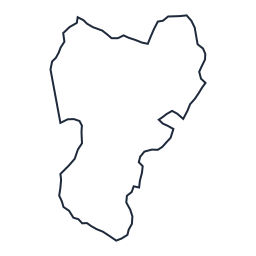 the district of Macuco, Rio de Janeiro, Brazil
{"feature_id": "56859067B22562861602233", "entity_name": "Macuco", "entity_type": "district", "adm_level": 2, "iso_a3": "BRA", "parent_name": "Brazil", "parent_adm1": "Rio de Janeiro", "projection": "natural_earth1", "projection_center": [-42.27, -22.033], "detail": "fine", "context": "isolated", "style": "outline", "palette": "slate", "viewbox_px": 256, "rotation_deg": 0, "n_neighbors": 0, "source": "geoboundaries", "source_scale": "gbopen_adm2", "svg_char_len": 1304}
<svg xmlns="http://www.w3.org/2000/svg" viewBox="0 0 256 256"><path d="M52.1,61.5L50.5,69.5L60.4,122.9L67.7,119.3L73.9,119.1L79.5,121.0L81.9,125.6L81.5,131.5L81.7,137.0L82.0,143.3L77.9,149.5L74.7,158.8L68.7,165.7L64.0,170.4L60.4,174.0L61.1,179.7L60.4,187.8L59.2,195.6L61.9,201.5L63.5,207.0L69.1,210.8L73.4,217.7L78.4,219.2L82.2,223.3L87.0,223.1L91.2,226.1L96.5,229.1L102.9,231.7L110.1,236.4L116.2,240.6L121.6,238.5L127.4,234.9L128.7,229.6L131.9,223.9L132.4,216.4L130.2,209.6L126.3,202.5L126.9,195.8L131.7,192.0L133.7,186.3L139.1,187.5L139.9,180.7L142.0,172.5L142.7,166.2L138.8,162.2L140.2,156.7L144.4,151.6L151.8,149.6L157.8,149.8L162.3,146.9L166.6,142.1L170.6,137.8L173.4,129.0L167.5,125.7L162.8,123.6L158.8,119.7L162.8,117.0L166.6,114.0L172.1,110.9L177.1,113.6L183.2,118.9L187.4,110.9L190.1,104.2L194.9,98.8L198.7,93.1L202.2,87.4L205.5,82.9L201.0,78.7L199.2,71.8L201.6,66.5L205.0,59.6L205.3,53.9L203.0,48.5L197.6,44.3L194.7,27.6L191.4,20.8L186.6,15.4L179.8,16.1L174.1,16.3L168.1,16.5L163.0,20.7L157.8,21.6L153.8,29.4L150.5,37.1L147.8,43.8L142.0,42.6L135.2,39.9L128.7,37.8L123.6,35.4L117.9,38.2L111.6,38.2L107.4,34.6L102.3,30.6L92.8,27.1L87.0,23.7L83.5,20.2L77.7,17.2L76.8,22.9L69.6,27.0L63.2,33.1L64.4,41.7L60.7,47.4L58.7,52.7L55.8,57.9L52.1,61.5Z" fill="none" stroke="#1e293b" stroke-width="2"/></svg>